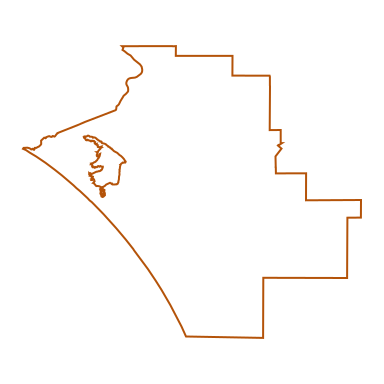 Coorong, South Australia, Australia (Equal Earth projection)
{"feature_id": "25037944B88075036338207", "entity_name": "Coorong", "entity_type": "district", "adm_level": 2, "iso_a3": "AUS", "parent_name": "Australia", "parent_adm1": "South Australia", "projection": "equal_earth", "projection_center": [139.321, -35.718], "detail": "fine", "context": "isolated", "style": "outline", "palette": "amber", "viewbox_px": 384, "rotation_deg": 0, "n_neighbors": 0, "source": "geoboundaries", "source_scale": "gbopen_adm2", "svg_char_len": 5721}
<svg xmlns="http://www.w3.org/2000/svg" viewBox="0 0 384 384"><path d="M23.0,148.8L26.0,150.1L29.7,152.6L36.2,156.5L45.5,162.8L54.7,169.7L61.9,175.4L69.3,181.7L73.6,185.4L76.4,188.1L79.9,191.0L87.6,198.2L89.6,200.4L91.8,202.1L103.4,214.0L116.2,228.2L125.8,239.6L133.3,249.1L134.0,250.3L147.8,268.9L155.7,280.7L161.4,289.7L170.3,305.0L181.5,326.5L186.0,336.5L263.1,337.9L263.3,277.8L347.1,278.0L347.4,217.7L360.9,217.6L361.0,200.0L306.0,200.3L306.1,173.3L275.9,173.4L275.8,167.2L275.6,167.1L275.7,166.0L275.5,156.4L281.5,148.6L277.9,145.5L278.5,144.9L279.4,144.8L282.0,143.1L280.7,143.1L280.7,130.0L269.7,130.1L270.0,85.9L269.9,85.6L269.9,76.7L269.6,75.7L232.4,75.6L232.5,55.9L175.8,55.9L175.9,46.1L172.9,46.3L172.4,46.1L122.0,46.2L123.4,47.5L122.5,49.9L124.5,51.2L127.5,53.7L130.6,55.5L134.1,59.7L140.0,64.4L141.6,66.6L142.2,69.3L142.2,71.0L141.8,72.5L140.8,73.9L136.8,76.9L135.0,77.6L131.0,78.0L129.4,78.4L128.2,79.1L127.1,80.5L126.4,82.3L126.3,83.5L126.5,84.6L127.6,86.6L128.0,87.6L128.2,89.3L128.1,91.2L127.7,91.9L126.0,93.8L123.6,95.8L123.2,96.6L120.6,100.8L118.9,104.3L118.0,105.3L117.1,105.9L116.5,106.5L116.2,109.1L115.9,109.9L115.3,110.3L85.1,121.9L77.9,125.0L57.7,133.0L57.8,133.2L56.6,134.1L55.0,136.3L54.3,136.6L53.3,136.1L52.7,136.0L52.4,136.2L52.4,136.5L51.5,136.9L50.4,136.7L49.6,136.2L48.5,136.3L46.2,137.2L46.0,137.9L45.4,138.2L45.0,137.8L44.2,137.7L41.1,140.6L41.2,144.0L40.5,145.1L38.7,146.7L37.5,147.1L36.4,147.9L34.8,147.9L34.6,148.2L34.5,149.2L34.0,149.8L33.5,149.6L33.3,149.0L32.9,148.8L32.5,148.8L31.7,149.4L31.2,149.4L30.5,148.8L29.1,148.1L27.4,147.7L23.6,147.9L23.0,148.8ZM84.0,137.7L83.8,137.0L84.2,136.9L84.3,136.5L84.9,136.4L85.1,136.9L85.5,137.0L88.0,135.6L89.0,135.9L89.8,136.7L91.1,136.7L92.3,136.9L93.0,137.7L93.5,137.3L95.1,137.6L96.4,138.5L96.8,139.2L97.5,139.4L98.5,140.5L99.5,140.7L100.1,141.5L101.3,141.5L101.6,141.8L101.6,142.6L102.0,143.1L104.6,143.7L105.9,144.3L106.4,145.0L107.0,145.3L107.7,146.0L108.3,146.2L108.4,146.7L108.7,146.7L109.1,147.0L109.9,147.4L110.1,147.7L110.3,147.7L110.6,148.3L111.5,148.5L111.8,149.2L112.2,149.2L113.3,150.5L114.1,151.2L117.3,152.9L119.6,155.1L120.8,155.8L122.5,157.4L124.0,159.1L125.0,160.8L125.4,161.2L124.9,161.7L125.5,162.1L125.3,162.5L124.4,162.5L123.1,162.8L122.6,162.6L122.0,163.2L121.2,163.7L120.6,164.7L120.3,164.8L120.5,165.1L120.0,166.7L119.9,168.2L119.7,169.1L119.7,169.5L119.4,169.9L119.7,171.1L119.5,171.5L119.4,172.3L119.5,174.6L119.0,176.8L118.9,179.4L118.5,180.9L118.3,181.9L118.4,182.1L117.6,183.8L116.6,184.1L116.6,184.3L116.2,184.4L112.7,184.5L112.2,184.3L112.1,183.9L111.8,183.9L111.8,183.5L111.3,183.5L110.0,182.8L106.1,184.6L105.1,185.7L104.0,186.4L103.1,186.9L102.0,187.1L101.8,187.7L102.7,187.7L102.4,188.3L102.5,188.5L102.2,188.5L102.3,188.8L102.2,189.1L103.0,189.1L103.8,189.7L104.4,189.9L104.4,191.1L104.0,191.5L103.5,191.2L103.4,191.5L103.5,192.0L103.9,192.3L103.8,193.1L104.4,192.9L104.8,193.3L104.7,193.7L104.9,193.9L104.9,194.8L104.4,194.7L104.4,194.9L104.6,195.2L104.5,195.6L104.1,195.8L103.9,196.2L103.5,196.2L103.7,196.3L103.0,196.9L102.6,197.0L101.5,196.5L101.4,196.1L101.8,195.8L102.2,195.9L102.1,195.6L102.5,195.2L102.1,195.1L101.8,195.3L101.7,195.0L101.5,195.4L101.2,195.4L101.1,194.9L101.3,194.8L101.0,194.5L101.0,194.0L100.6,194.0L100.4,193.7L100.4,193.3L100.8,193.0L100.7,192.5L101.0,192.2L101.1,192.5L101.3,192.2L101.0,191.8L101.0,191.7L100.8,191.2L101.5,191.4L102.0,190.1L101.5,189.7L100.9,190.1L101.0,189.4L100.4,189.5L100.2,189.2L100.6,189.0L100.9,188.7L100.6,188.3L100.6,187.8L100.8,187.4L100.7,187.1L100.3,186.7L99.0,186.2L97.6,186.0L96.6,186.1L95.8,185.7L95.6,185.2L94.6,184.2L94.3,183.5L93.8,183.3L93.7,182.8L93.3,182.8L94.6,181.2L94.3,180.6L94.1,179.5L93.4,178.9L92.9,179.4L92.8,179.1L93.1,179.1L92.9,179.0L92.6,178.2L92.3,178.6L92.0,179.5L91.6,180.0L91.3,180.0L91.4,179.4L91.8,179.1L91.4,178.9L92.0,178.5L92.1,178.1L92.1,177.6L91.6,177.1L91.6,176.7L91.8,176.6L92.4,177.0L92.7,177.0L93.0,176.7L92.9,176.0L92.8,176.6L92.5,176.5L92.0,176.6L91.5,176.1L91.1,176.3L90.7,176.1L90.6,175.8L91.2,175.9L91.2,175.5L90.5,175.6L90.4,175.2L90.1,175.3L90.3,174.8L89.5,174.5L89.4,174.8L89.2,174.5L89.2,174.0L89.4,174.3L89.9,174.3L89.8,173.9L89.5,173.8L89.6,173.6L89.6,173.1L89.3,172.7L90.1,173.1L89.8,173.3L90.0,174.1L90.3,174.3L90.5,173.9L91.5,174.1L96.4,171.7L97.5,171.6L98.9,171.1L99.5,171.2L100.6,170.7L100.8,170.2L101.5,170.0L102.0,169.3L102.8,167.3L102.8,166.7L101.6,166.7L100.5,166.0L99.7,166.3L99.7,166.6L99.3,166.7L98.5,166.1L97.6,166.3L97.1,167.1L96.6,167.2L95.1,166.9L95.0,167.1L95.3,167.2L95.2,167.5L94.8,167.8L94.5,167.7L94.3,167.2L93.6,167.1L92.8,167.3L92.1,166.6L92.3,165.6L92.5,165.5L92.4,165.2L91.6,164.7L91.8,164.2L91.4,164.2L91.6,164.0L91.2,163.5L93.0,163.1L94.3,162.2L94.9,162.1L95.8,161.5L96.1,161.0L97.1,160.2L98.1,158.4L98.5,158.2L98.6,157.6L99.1,157.1L99.6,156.2L99.6,155.9L99.9,155.0L100.1,153.9L99.7,154.1L98.8,156.5L97.1,156.3L96.8,155.8L96.8,154.9L97.2,154.7L97.4,154.0L97.2,153.4L97.8,152.3L97.5,152.5L96.9,152.1L97.9,152.0L98.5,150.6L100.3,148.9L100.5,148.2L100.8,148.0L100.7,148.0L100.9,147.4L101.1,147.0L101.4,147.0L101.6,146.5L101.2,146.6L100.8,147.1L100.2,147.1L99.8,147.5L99.3,147.4L99.2,147.2L99.4,147.1L98.3,146.9L98.3,147.1L97.9,147.0L97.9,146.5L97.4,145.7L97.8,145.2L96.4,144.5L96.3,144.3L96.5,143.9L95.5,144.2L95.3,144.0L94.8,143.3L95.0,143.1L95.1,142.2L94.7,142.2L94.2,141.1L93.6,140.9L93.2,141.2L92.3,140.9L91.9,141.0L91.8,140.8L91.0,141.4L90.3,141.0L90.0,140.6L89.2,140.6L88.8,140.3L87.4,139.7L86.7,139.8L87.0,140.1L86.9,140.3L86.3,140.2L85.9,140.0L85.9,139.6L84.7,138.3L84.7,137.9L84.0,137.7ZM103.1,193.7L102.6,193.8L102.5,194.1L101.7,194.6L102.2,194.4L102.5,194.6L103.0,194.6L103.0,194.4L102.9,193.9L103.1,193.7Z" fill="none" stroke="#b45309" stroke-width="2"/></svg>